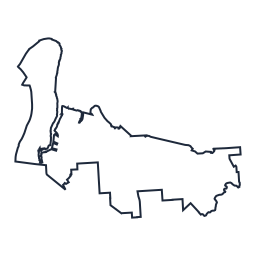 Port Adelaide Enfield, South Australia, Australia (Mercator projection)
{"feature_id": "25037944B47979939025085", "entity_name": "Port Adelaide Enfield", "entity_type": "district", "adm_level": 2, "iso_a3": "AUS", "parent_name": "Australia", "parent_adm1": "South Australia", "projection": "mercator", "projection_center": [138.548, -34.826], "detail": "fine", "context": "isolated", "style": "outline", "palette": "slate", "viewbox_px": 256, "rotation_deg": 0, "n_neighbors": 0, "source": "geoboundaries", "source_scale": "gbopen_adm2", "svg_char_len": 5598}
<svg xmlns="http://www.w3.org/2000/svg" viewBox="0 0 256 256"><path d="M239.4,186.9L239.3,186.0L239.8,185.0L239.7,182.6L239.1,181.8L238.5,172.0L236.7,172.1L236.4,167.2L236.3,166.6L235.6,165.6L233.8,166.7L229.7,159.1L229.5,158.4L229.3,155.3L240.6,154.5L240.1,147.2L225.9,148.2L214.2,148.7L214.3,149.0L213.5,149.0L213.6,149.6L214.4,150.7L214.0,151.4L212.4,153.0L210.9,152.8L210.9,151.9L205.7,151.5L202.8,153.3L197.5,153.6L195.0,151.4L191.7,150.4L192.7,148.7L191.7,147.8L190.4,146.1L188.6,145.2L185.1,144.9L156.5,138.2L150.7,136.8L149.0,135.9L146.9,135.8L146.2,136.1L144.7,137.1L145.8,135.4L131.0,136.2L131.2,135.8L120.6,126.2L120.5,126.7L119.9,127.8L119.7,127.9L119.6,127.7L119.3,128.4L119.0,128.3L119.1,128.1L118.6,128.4L118.5,127.8L118.0,127.5L116.1,127.4L115.3,127.6L115.0,128.3L114.9,128.3L114.9,127.6L114.6,127.2L113.7,127.1L112.1,126.2L111.5,126.4L111.1,125.6L111.2,125.0L110.8,124.1L109.0,122.4L107.5,121.2L104.5,117.8L100.8,111.7L100.7,111.0L98.9,107.0L98.2,106.4L96.7,105.8L95.5,105.7L94.7,105.9L92.8,107.6L92.1,107.9L90.8,109.3L90.7,110.0L90.4,112.6L91.2,113.7L92.1,114.3L92.3,114.7L82.6,112.2L83.0,112.5L83.2,113.3L83.1,115.1L82.5,118.9L81.9,120.1L81.1,121.0L80.2,121.6L79.8,122.5L79.4,122.7L79.0,122.6L79.2,121.9L79.5,121.2L80.5,119.8L80.3,118.9L81.3,118.0L81.9,113.4L81.8,113.1L81.5,112.6L81.9,112.2L80.4,111.5L80.4,111.0L79.1,110.6L78.7,110.7L78.4,110.4L77.6,110.2L77.0,110.5L76.4,110.5L73.5,109.7L73.2,109.4L73.2,108.7L72.6,108.8L72.4,109.3L69.3,108.6L68.8,108.7L68.6,108.4L67.7,108.0L67.7,107.5L67.3,107.9L66.8,107.9L64.1,106.4L62.8,106.0L62.2,106.2L62.0,107.8L61.9,113.1L61.6,113.5L62.0,113.4L62.5,114.1L61.8,115.7L61.4,115.9L61.0,117.1L60.0,118.8L59.1,121.1L58.6,122.6L58.4,123.1L58.1,122.9L57.2,124.8L57.3,125.2L56.8,126.8L56.0,128.1L55.8,128.3L55.6,128.8L55.3,128.9L54.6,130.5L54.8,130.6L55.1,131.3L56.4,132.5L56.6,132.7L56.4,133.0L57.5,134.1L57.4,134.3L57.6,134.6L57.5,134.9L57.9,135.4L57.8,136.2L57.1,135.6L56.4,135.4L56.4,135.0L55.0,134.2L54.0,135.1L53.4,141.6L57.3,143.4L56.8,144.5L53.2,142.9L51.9,148.3L52.8,148.6L53.0,148.5L56.5,149.4L56.1,150.7L51.3,149.2L46.1,151.8L46.1,152.0L45.6,152.1L45.6,151.9L41.5,152.8L41.5,154.1L41.2,154.1L41.2,154.3L41.2,155.3L40.7,155.8L40.8,156.1L41.3,156.0L41.6,157.5L41.4,158.2L42.3,162.4L41.1,162.7L40.9,162.4L40.1,162.4L40.4,161.6L39.6,160.6L39.9,160.4L39.1,158.6L38.9,156.6L38.7,156.3L38.6,154.4L38.9,152.3L38.5,151.9L38.3,150.4L38.8,150.1L39.0,150.3L39.1,150.9L39.6,150.7L39.3,148.8L39.8,148.0L40.2,150.5L40.3,150.5L40.2,149.7L40.5,149.6L40.7,150.4L40.8,150.4L40.7,149.6L40.9,149.5L40.9,149.2L41.1,149.1L41.3,150.4L41.4,150.2L41.2,149.2L41.6,149.2L41.6,149.5L41.7,149.2L41.8,149.2L41.9,149.9L42.9,149.4L42.9,148.6L43.1,148.6L43.7,148.6L44.0,148.3L44.6,148.3L44.8,148.9L45.1,149.3L45.4,149.3L45.4,149.0L47.3,148.6L47.5,148.2L47.9,147.7L48.6,145.8L49.2,145.3L50.3,145.2L50.9,140.4L51.0,137.0L50.8,136.8L50.7,136.5L50.7,135.2L51.0,134.8L51.1,133.7L50.9,133.5L50.7,132.7L50.8,131.3L50.5,131.0L50.8,129.5L50.9,128.0L53.1,123.1L53.7,122.6L54.6,121.1L55.8,118.3L56.9,116.3L57.1,115.2L56.9,114.7L57.2,112.9L57.3,111.6L57.0,110.6L57.2,109.9L57.0,108.7L57.2,108.2L57.4,107.9L57.4,105.2L57.3,103.3L57.6,101.8L57.6,101.0L57.2,98.5L56.9,98.1L56.8,97.0L56.3,96.1L55.6,93.0L54.7,91.9L54.5,91.2L54.7,91.7L55.5,92.4L55.2,91.4L56.0,78.3L55.9,78.2L55.8,77.7L56.8,74.8L56.9,73.9L57.2,73.5L57.1,73.0L57.4,72.3L57.3,71.3L57.6,70.3L57.7,69.0L58.0,67.1L58.6,65.6L59.0,63.9L58.8,62.9L59.1,61.4L59.2,61.0L59.4,61.1L60.4,58.4L60.4,57.5L60.9,55.8L60.8,54.8L61.4,53.7L61.5,53.3L61.5,52.2L61.9,51.0L61.8,50.5L61.4,50.1L61.4,49.3L61.2,49.1L61.2,48.7L61.4,48.5L61.0,48.0L60.9,47.2L60.1,45.7L59.5,44.9L59.5,43.5L59.1,43.1L58.0,42.3L57.8,42.4L57.7,42.1L57.0,41.9L56.3,41.1L51.9,39.5L51.7,38.9L49.1,38.4L47.5,38.5L43.7,39.1L39.2,40.6L39.3,41.2L33.0,46.4L29.1,49.1L29.1,49.5L28.7,49.8L25.9,53.7L20.0,64.0L17.9,66.6L18.0,66.8L18.3,66.9L18.8,67.6L20.6,69.2L23.2,72.3L26.6,77.3L26.5,77.6L23.0,83.1L22.2,84.7L24.2,85.4L29.6,85.5L30.0,86.6L30.9,89.8L31.3,92.0L32.1,104.3L32.1,108.5L31.5,113.4L31.0,115.9L30.0,119.2L29.2,121.1L26.8,125.6L24.4,133.0L22.8,136.7L21.6,139.1L19.9,141.6L18.7,144.5L18.8,145.1L18.5,146.5L17.8,147.9L17.2,150.1L16.0,154.4L15.6,157.0L15.4,161.5L35.4,164.1L46.0,165.2L46.4,172.9L46.6,174.0L46.9,174.6L65.5,189.7L63.1,184.9L63.4,184.7L64.8,183.0L66.0,183.9L68.7,182.3L67.0,179.7L68.6,178.3L70.7,175.8L70.4,175.5L70.7,175.1L70.6,174.9L70.9,174.5L70.6,174.3L71.2,173.5L71.4,173.6L71.2,169.7L77.4,169.4L77.2,163.6L97.8,162.4L99.6,193.3L110.0,192.7L110.3,198.1L110.1,198.1L110.5,205.2L121.4,213.3L121.5,213.2L131.8,212.6L132.1,217.6L137.1,217.3L137.1,217.1L140.7,216.9L139.8,201.7L139.5,199.8L138.4,196.4L137.5,191.3L161.8,189.8L162.5,200.5L172.6,199.9L172.6,199.7L182.5,199.1L183.1,210.2L190.6,203.2L199.0,212.3L198.9,212.5L200.8,214.6L201.8,214.1L202.5,214.2L203.0,214.4L204.1,215.7L204.4,215.9L205.8,215.5L206.1,215.2L206.8,213.8L208.2,212.4L208.5,212.2L209.6,212.4L210.2,212.3L211.4,211.0L212.5,210.7L214.1,210.6L215.1,210.1L215.3,209.5L215.5,207.4L215.8,206.3L215.9,205.0L216.5,203.2L216.9,202.7L216.7,201.8L216.1,200.8L215.5,200.2L215.4,199.8L214.7,199.1L214.6,198.5L215.2,197.4L216.0,196.2L216.8,195.7L219.3,194.8L221.0,194.7L222.0,194.4L222.9,193.7L223.9,192.5L225.1,192.1L225.3,191.7L224.1,190.2L224.0,189.8L224.1,189.4L224.3,189.0L224.8,188.7L226.4,188.5L226.8,187.7L226.8,187.1L226.7,186.7L226.0,186.1L225.5,185.9L225.1,185.2L225.9,183.8L226.6,183.3L227.8,182.9L230.2,182.5L231.5,183.1L232.5,184.2L234.2,185.4L235.0,185.7L236.0,185.6L236.7,186.0L237.2,186.4L238.0,187.4L238.3,187.5L239.4,186.9Z" fill="none" stroke="#1e293b" stroke-width="2"/></svg>